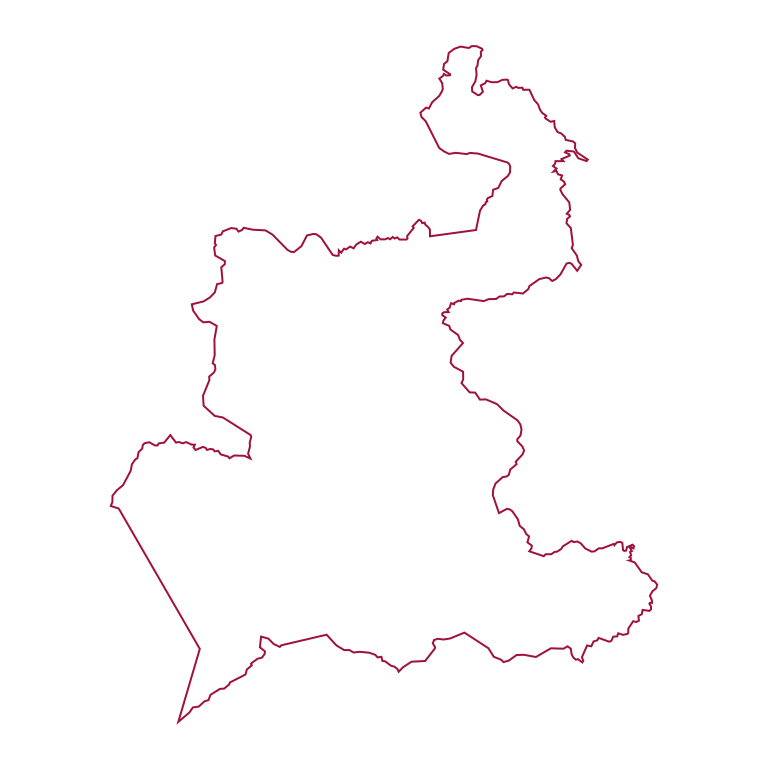 Cohetzala, Puebla, Mexico
{"feature_id": "50627088B88893827889923", "entity_name": "Cohetzala", "entity_type": "district", "adm_level": 2, "iso_a3": "MEX", "parent_name": "Mexico", "parent_adm1": "Puebla", "projection": "mercator", "projection_center": [-98.761, 18.209], "detail": "fine", "context": "isolated", "style": "outline", "palette": "rose", "viewbox_px": 768, "rotation_deg": 0, "n_neighbors": 0, "source": "geoboundaries", "source_scale": "gbopen_adm2", "svg_char_len": 6079}
<svg xmlns="http://www.w3.org/2000/svg" viewBox="0 0 768 768"><path d="M118.7,508.5L199.8,648.9L178.3,721.9L189.4,712.5L192.9,707.4L198.7,706.6L204.5,701.3L208.5,700.1L210.5,694.8L219.9,688.9L224.2,688.6L229.3,684.3L229.8,682.5L245.5,674.5L246.8,669.6L251.8,665.3L251.0,663.8L251.8,662.9L257.6,658.7L261.9,657.7L264.6,654.0L265.0,651.4L259.9,647.3L261.1,636.6L268.3,638.6L273.7,644.0L279.8,646.9L281.3,645.3L326.6,634.7L336.4,645.4L344.2,650.1L349.3,650.0L353.6,652.5L359.6,651.8L369.3,652.7L375.4,654.9L377.5,657.4L381.4,656.8L382.4,660.9L385.1,661.3L391.1,665.8L394.1,666.5L397.4,669.0L398.7,671.7L403.1,667.2L411.5,661.7L425.1,661.0L434.8,648.6L435.1,647.2L432.8,643.3L434.0,640.1L437.7,638.8L443.6,639.5L450.1,638.5L464.4,632.6L488.5,648.3L493.8,656.8L501.3,659.8L503.5,662.1L508.8,660.6L516.6,655.0L524.0,654.8L535.9,657.0L550.9,648.3L563.6,648.7L567.5,646.3L570.8,648.7L571.6,654.1L573.4,657.7L576.0,659.7L577.9,659.1L582.3,662.4L583.3,660.7L581.9,657.2L587.1,645.5L591.3,646.3L593.6,641.4L597.3,640.3L598.6,637.9L609.2,641.7L611.4,640.8L613.2,636.7L617.2,636.3L618.2,633.3L623.1,634.9L627.4,633.9L628.3,632.8L628.3,628.6L633.2,621.2L636.2,622.0L638.9,620.7L638.4,615.9L641.8,614.2L642.6,609.9L649.5,610.9L651.1,609.2L651.0,606.4L649.4,603.8L650.1,602.7L652.0,602.9L651.9,600.3L649.9,595.8L652.5,591.2L656.3,588.1L657.2,584.6L654.4,581.2L652.3,580.7L647.9,574.3L641.7,572.3L634.7,562.4L629.3,560.5L630.9,560.2L630.7,557.7L629.5,557.1L631.2,555.2L630.0,552.0L631.9,551.0L629.7,547.5L630.8,547.0L633.5,548.4L634.0,546.2L632.5,544.7L627.0,547.1L626.1,550.6L624.3,550.9L623.1,550.3L622.3,542.8L620.3,541.9L616.9,542.4L614.4,545.2L613.8,543.9L602.1,548.4L598.9,548.3L594.4,551.4L591.5,551.6L585.3,548.5L580.8,543.4L577.5,541.5L573.7,542.1L571.7,540.8L562.6,546.5L561.3,548.9L557.2,551.6L554.6,551.9L551.3,554.2L545.5,554.3L543.8,556.2L529.3,551.3L531.6,548.1L531.8,545.6L527.4,542.3L529.1,536.4L526.3,534.1L523.9,529.3L519.7,525.8L517.9,519.3L512.3,511.2L509.6,509.3L506.8,508.9L499.0,513.1L492.8,495.1L493.2,489.5L495.5,483.5L502.8,477.0L506.7,476.5L508.9,474.8L510.2,469.6L516.6,464.1L515.7,461.8L522.5,454.4L524.1,450.6L522.4,446.5L517.3,441.2L517.3,439.3L520.5,435.5L521.5,429.6L520.4,424.5L517.6,420.4L503.6,410.6L497.0,404.1L486.0,399.4L479.9,399.6L475.2,392.6L469.7,392.4L461.5,383.1L463.2,379.4L463.1,371.7L453.9,366.8L450.6,362.7L451.6,355.9L463.0,343.0L459.9,339.8L458.2,335.1L450.4,329.5L449.3,325.9L442.9,323.2L443.5,320.4L445.7,317.6L442.3,315.2L442.2,313.5L444.0,312.2L448.6,312.1L447.2,309.6L449.6,307.7L451.1,303.2L454.0,304.2L454.1,303.1L458.5,300.7L460.9,301.1L461.3,299.8L467.4,298.7L483.8,301.1L488.8,299.1L496.1,299.0L499.4,296.5L503.9,296.4L507.2,293.9L512.2,294.3L513.9,292.5L522.9,293.5L528.3,289.1L529.4,286.1L539.3,279.1L546.1,277.5L549.0,278.2L552.2,281.0L555.9,279.1L560.5,274.3L566.6,263.5L569.3,262.8L571.5,263.7L577.2,270.8L581.2,264.9L578.3,261.2L576.9,255.6L571.7,248.2L572.9,244.7L570.8,228.0L566.5,223.3L567.1,218.9L570.0,216.5L569.6,215.2L566.8,213.7L570.1,209.9L569.3,202.4L562.5,194.2L560.3,189.8L560.5,188.5L565.2,184.2L563.9,181.5L560.7,179.3L562.1,175.5L558.0,174.3L556.5,171.0L553.5,171.6L556.5,168.5L552.9,166.0L555.1,163.8L555.5,161.1L563.4,161.1L561.5,159.1L569.7,155.6L569.4,154.3L565.0,152.3L566.4,150.7L573.9,151.5L578.4,158.3L586.6,161.1L587.8,159.6L577.2,152.5L575.0,148.0L575.2,143.3L572.9,141.4L565.7,139.9L564.9,136.9L561.3,133.5L557.5,132.0L554.7,127.2L554.2,121.0L550.6,121.8L545.6,118.5L545.0,117.4L546.2,115.8L542.1,112.8L540.0,109.7L538.1,104.4L534.2,100.0L529.4,89.7L523.2,89.8L522.4,87.7L518.2,87.9L516.4,86.8L512.6,88.4L509.1,84.4L507.8,79.9L506.7,79.6L502.3,79.9L497.4,82.2L491.5,82.2L486.5,80.7L485.2,83.2L480.8,85.4L482.9,91.7L479.8,94.8L478.0,95.2L472.2,91.5L472.0,87.1L475.3,81.4L476.6,75.0L476.0,68.1L477.4,65.9L478.2,60.0L481.0,56.2L480.8,51.9L482.6,49.9L482.0,48.7L476.6,46.2L471.8,46.1L468.9,48.0L460.6,46.6L454.3,48.8L448.7,53.0L447.4,61.2L444.0,64.0L443.2,69.7L450.2,74.3L450.0,75.3L446.1,75.5L443.9,73.9L442.9,76.0L439.3,78.6L442.2,83.1L442.8,89.1L441.8,91.6L439.1,96.1L432.2,102.2L428.9,108.5L426.1,107.6L420.4,112.7L421.4,116.8L425.8,121.4L439.2,148.0L444.0,151.4L449.0,153.9L455.8,152.8L466.7,154.1L470.0,152.9L478.1,153.6L507.5,162.5L509.0,163.8L510.2,166.4L510.0,172.4L507.9,175.9L501.6,181.1L498.3,187.9L493.1,189.8L492.4,196.0L487.7,198.2L486.8,199.9L487.3,201.4L485.7,202.3L485.4,204.3L483.1,205.5L480.0,210.7L476.0,230.0L430.0,236.3L429.9,229.6L428.3,227.2L425.3,224.6L424.6,222.6L422.2,223.2L421.0,220.8L418.9,219.8L412.6,226.4L413.7,227.9L407.1,236.1L407.5,238.6L406.5,239.5L399.5,239.5L397.2,237.4L394.6,238.5L392.7,237.0L390.1,239.3L388.0,238.0L385.4,239.3L380.7,239.4L377.5,236.7L376.4,238.5L377.2,240.0L371.8,240.8L370.5,243.4L367.8,242.2L364.8,244.0L360.8,241.7L356.2,244.6L353.6,248.3L350.1,246.6L346.1,249.4L344.1,248.6L341.2,252.7L338.8,250.3L338.7,255.6L336.4,255.8L332.7,255.0L321.1,237.7L316.4,234.3L313.5,233.9L306.9,235.5L301.4,246.2L294.1,252.0L291.2,251.9L287.6,250.0L272.5,234.6L265.5,230.4L252.7,229.7L243.6,227.8L242.1,230.0L238.5,231.6L236.4,228.7L231.1,228.1L222.9,231.3L221.2,234.6L215.5,236.0L214.8,243.1L216.0,245.0L214.1,247.5L215.2,255.5L224.9,261.1L224.8,264.2L221.3,267.2L222.6,281.9L222.0,283.0L217.1,284.1L214.8,292.4L210.0,297.4L203.6,301.4L191.8,304.3L193.1,310.5L199.1,319.1L203.3,322.3L209.5,321.8L216.8,326.0L214.4,339.4L214.7,355.1L212.7,363.3L214.9,365.0L215.4,369.2L213.9,372.6L209.2,376.5L209.4,380.1L203.0,395.7L203.6,405.7L214.7,415.9L222.9,417.5L250.7,435.1L251.2,436.9L249.7,442.9L250.0,446.3L248.1,453.7L250.4,458.6L244.4,455.8L234.1,455.5L229.5,458.3L228.2,456.6L220.7,454.4L218.2,450.8L214.7,451.4L213.2,449.5L210.7,448.9L206.9,449.9L205.6,447.8L202.9,446.9L195.6,450.0L193.5,447.5L194.8,444.7L191.6,444.6L186.2,442.1L182.7,443.3L178.8,442.0L176.0,442.6L170.3,435.1L164.2,442.6L158.8,443.4L157.4,445.5L154.8,445.4L149.2,442.2L144.5,443.3L142.8,445.1L142.2,448.6L138.6,452.1L137.4,458.2L135.3,459.4L131.9,464.3L130.7,470.8L123.0,485.2L116.9,490.2L112.5,495.7L112.4,502.0L110.8,506.0L118.7,508.5Z" fill="none" stroke="#9f1239" stroke-width="2"/></svg>